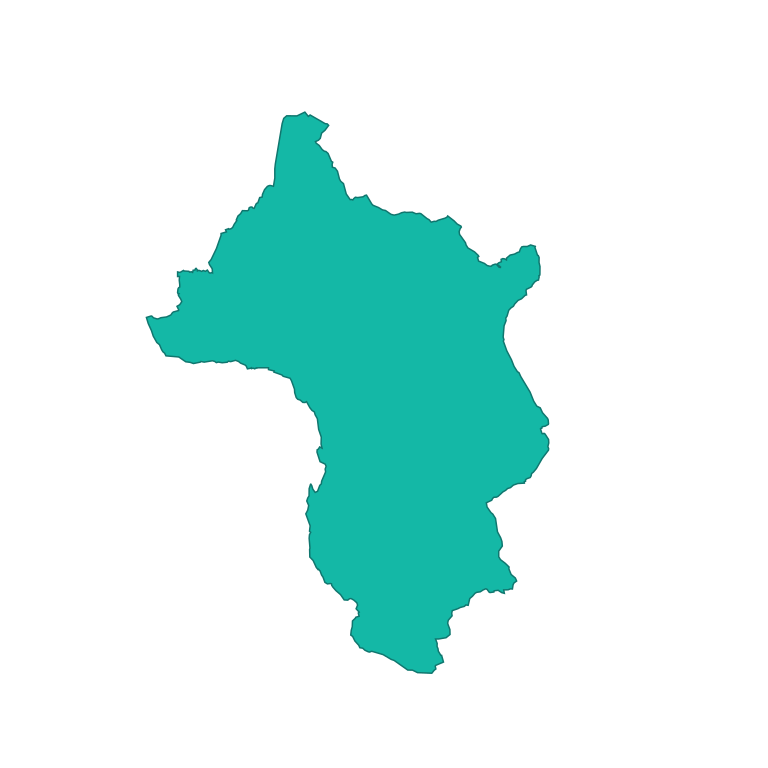 outline of Bogdan Voda, Maramures, Romania, rotated 67°
{"feature_id": "2599482B91571956331193", "entity_name": "Bogdan Voda", "entity_type": "district", "adm_level": 2, "iso_a3": "ROU", "parent_name": "Romania", "parent_adm1": "Maramures", "projection": "robinson", "projection_center": [24.297, 47.701], "detail": "fine", "context": "isolated", "style": "filled", "palette": "teal", "viewbox_px": 768, "rotation_deg": 67, "n_neighbors": 0, "source": "geoboundaries", "source_scale": "gbopen_adm2", "svg_char_len": 6169}
<svg xmlns="http://www.w3.org/2000/svg" viewBox="0 0 768 768"><g transform="rotate(67 384 384)"><path d="M526.4,518.0L529.1,517.2L528.9,516.7L531.2,515.9L535.3,516.1L538.1,515.6L543.5,515.9L545.9,514.2L546.7,511.3L547.4,510.4L548.9,510.8L551.1,510.4L555.4,509.0L560.9,506.3L567.2,505.0L568.8,501.8L568.2,499.7L568.6,498.2L571.0,496.3L574.8,494.5L577.2,494.7L580.0,497.5L584.3,496.0L584.5,496.9L585.3,497.3L588.0,497.6L587.7,501.2L588.4,501.9L589.8,505.6L595.1,508.1L597.8,510.3L602.1,512.7L604.1,511.5L609.3,511.2L614.7,509.3L617.3,509.3L618.9,506.8L621.6,505.6L624.4,503.1L625.2,501.8L625.1,500.3L625.5,499.4L632.7,490.6L640.3,485.0L642.4,482.7L656.6,473.9L658.5,469.6L662.8,465.9L668.9,453.0L667.1,449.6L666.6,447.6L663.7,447.1L663.2,446.3L663.2,437.9L656.3,437.0L656.0,437.7L651.1,438.4L648.7,437.7L646.3,437.7L643.5,436.4L638.9,436.2L640.1,433.2L641.8,426.0L640.4,421.1L635.8,419.3L629.6,419.0L628.0,418.2L626.5,417.0L624.0,411.9L621.4,411.2L619.3,409.7L619.7,403.7L619.5,401.2L620.1,396.9L619.4,395.0L620.6,393.0L615.0,388.9L613.9,385.4L612.2,382.0L612.0,380.0L612.9,376.6L612.3,373.2L612.3,370.3L613.4,369.3L616.6,368.6L617.4,367.9L618.4,364.1L617.4,363.4L618.5,359.5L622.0,357.2L623.7,355.0L620.3,354.3L621.9,350.2L622.0,347.6L622.9,345.9L619.2,343.6L617.9,342.0L617.2,338.9L613.9,338.9L609.0,341.4L603.0,341.3L601.3,340.4L596.5,342.4L591.2,345.4L587.9,345.9L582.7,343.7L579.4,338.4L575.1,337.0L571.2,336.7L564.4,337.3L551.4,333.9L546.2,334.7L544.2,335.8L537.5,337.2L533.3,336.2L533.1,330.3L531.9,328.9L531.2,327.2L532.1,324.6L532.0,322.9L529.8,316.8L529.4,313.5L528.5,311.1L528.8,308.0L527.6,304.4L527.9,299.7L530.1,293.5L528.7,293.0L528.8,291.7L527.3,291.0L527.0,289.2L527.2,286.0L526.1,284.5L524.1,283.1L523.5,280.9L521.4,276.8L514.3,267.4L509.2,258.5L507.9,257.7L505.6,257.6L502.7,255.4L499.4,254.2L492.9,255.3L491.9,256.0L491.9,257.1L491.4,257.9L486.4,257.5L486.1,257.1L486.4,256.1L485.1,255.0L485.8,252.1L485.4,248.6L484.9,248.1L481.3,246.9L479.6,246.9L472.4,249.3L467.0,249.5L464.1,252.0L458.3,252.9L448.6,252.7L430.6,255.2L426.4,255.3L424.7,256.4L418.6,257.4L411.4,257.2L401.5,258.0L391.1,257.4L390.1,256.3L387.4,256.0L377.3,250.7L373.4,246.9L370.8,246.1L369.6,244.2L364.9,240.4L363.6,237.5L363.0,234.5L361.4,232.4L359.4,227.9L359.3,224.1L357.5,219.4L357.7,218.0L353.5,216.8L352.5,215.9L352.2,210.7L351.9,209.8L350.3,208.3L350.2,207.5L349.0,205.7L348.4,202.6L348.7,201.2L346.0,199.3L344.9,199.2L344.7,198.1L343.9,197.6L336.8,194.5L332.7,193.8L328.2,191.8L326.0,191.8L325.5,192.4L317.2,191.7L316.6,191.2L316.6,190.3L316.5,190.9L313.3,194.7L313.4,198.4L311.9,201.9L311.6,203.6L312.9,205.6L315.3,207.8L315.1,209.8L315.4,213.1L314.6,217.5L316.0,222.0L317.6,222.8L316.0,224.0L315.0,225.6L315.0,227.5L317.3,228.2L317.3,231.2L317.8,232.6L318.7,232.8L321.7,231.0L322.2,231.3L321.6,232.4L317.6,233.8L317.1,234.9L316.9,237.8L317.5,239.2L316.7,240.9L315.2,242.8L312.3,244.4L307.8,248.9L304.0,248.4L303.6,246.9L302.5,247.0L297.8,249.0L291.5,253.6L288.1,254.1L285.7,253.8L275.8,256.0L273.1,255.3L270.8,253.2L269.8,251.5L268.7,251.5L265.4,254.1L261.1,255.8L254.2,259.7L255.0,260.8L255.2,262.8L254.4,270.1L254.7,272.5L253.8,274.3L253.5,277.3L250.2,278.4L248.7,279.7L241.6,283.5L240.8,284.6L239.8,288.0L236.9,290.8L234.8,296.4L233.8,297.8L233.2,300.9L233.3,304.2L232.5,308.7L230.5,311.3L224.9,314.8L223.1,317.4L219.4,320.1L215.3,324.2L213.6,324.9L203.3,326.3L203.0,327.8L203.5,330.1L202.1,335.4L200.9,337.4L201.6,339.6L202.4,340.8L201.4,341.9L201.1,343.1L194.3,344.5L183.7,343.0L180.6,344.6L177.9,344.9L170.0,343.7L166.1,344.6L164.3,346.8L161.5,345.9L159.8,344.5L158.5,345.4L149.9,345.4L147.2,346.7L146.6,347.8L144.1,349.3L139.2,350.4L135.9,352.3L134.1,352.4L134.0,349.1L133.0,346.7L128.7,343.4L127.4,339.2L124.3,333.9L122.4,334.6L121.4,336.4L107.5,346.9L108.1,349.1L102.8,350.6L103.2,359.4L99.1,368.8L100.3,372.5L104.5,376.0L138.9,398.0L143.4,400.5L151.7,404.0L158.8,408.5L157.0,410.8L156.5,412.0L156.5,414.1L158.4,418.0L162.0,421.8L164.3,423.1L163.8,425.6L168.0,429.4L167.9,430.5L168.3,431.4L171.6,434.9L171.0,435.8L169.5,436.4L169.0,437.7L169.0,439.1L171.1,440.9L171.2,442.0L169.1,446.6L171.2,449.5L172.3,452.8L175.3,455.9L176.1,455.7L178.4,459.4L180.8,462.2L181.3,464.2L180.9,466.4L180.3,466.4L180.1,469.6L182.4,469.6L181.8,475.2L183.5,475.9L193.9,485.4L201.9,494.5L203.6,497.8L205.9,498.0L210.8,497.1L214.6,498.4L214.1,498.7L214.2,500.0L213.4,501.4L210.1,502.1L210.5,504.4L208.9,506.0L209.1,507.8L207.0,510.0L207.0,511.6L205.8,511.3L204.1,511.8L204.1,512.4L205.3,513.6L204.7,515.2L206.5,516.6L205.4,517.5L205.1,519.2L204.0,519.6L201.9,523.8L201.1,524.2L201.6,528.2L200.2,530.2L204.4,532.0L205.1,530.2L208.4,531.9L212.7,533.2L214.9,534.1L215.2,535.5L216.0,536.5L219.2,538.3L220.0,538.3L220.8,537.4L221.3,538.4L222.3,538.6L226.7,537.9L229.2,538.0L231.2,541.1L231.6,544.2L235.5,544.0L236.1,544.5L235.4,549.7L235.7,550.9L237.2,553.3L237.3,558.0L235.8,563.4L235.8,566.4L235.4,567.5L233.0,570.3L230.8,571.2L230.4,571.8L229.9,576.7L236.3,577.4L243.9,577.2L249.8,577.7L257.0,576.9L260.1,575.3L265.5,575.3L268.0,574.9L269.9,573.9L272.9,573.7L278.9,562.4L286.1,557.8L288.3,554.0L290.7,551.4L292.1,544.6L291.7,543.8L293.6,541.0L295.6,532.8L297.1,531.0L298.8,530.0L299.1,527.9L301.2,524.7L302.7,519.8L302.2,518.3L303.5,516.4L304.2,511.4L306.4,509.1L308.7,507.9L312.3,504.4L313.7,503.8L316.7,503.8L317.4,500.7L317.2,499.9L318.1,499.9L318.2,498.4L319.6,497.0L319.2,496.3L319.7,494.8L319.4,494.7L323.9,484.0L325.6,484.7L329.1,480.0L330.0,480.7L335.7,474.5L337.5,473.8L342.0,468.2L344.8,467.9L353.7,468.4L357.1,469.6L362.2,470.1L364.3,469.4L366.1,467.4L369.2,465.9L370.2,463.9L370.0,462.2L376.9,461.5L380.2,460.6L382.5,459.0L385.4,459.4L389.9,458.9L400.3,461.9L408.4,462.5L414.7,465.4L418.8,466.1L416.8,467.8L418.3,469.9L418.4,471.2L420.5,472.3L430.5,473.2L434.7,469.5L437.1,469.4L439.3,471.4L442.1,472.1L449.1,479.4L451.4,480.7L452.2,482.7L456.8,487.1L456.9,489.7L453.1,490.6L449.3,490.2L447.6,490.5L447.7,490.9L451.1,493.8L457.7,496.7L459.2,498.8L461.5,500.8L466.4,500.8L470.3,503.5L473.0,506.7L485.7,507.4L490.4,510.1L491.8,509.4L493.6,511.5L496.8,513.2L506.2,516.3L507.2,517.1L514.3,519.9L518.8,518.2L526.4,518.0Z" fill="#14b8a6" stroke="#0f766e" stroke-width="1.5"/></g></svg>